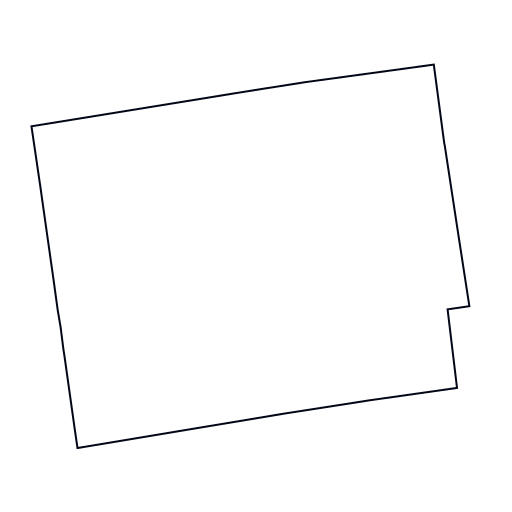 Allen, Indiana, United States of America, rotated 172°
{"feature_id": "52423323B16491815887155", "entity_name": "Allen", "entity_type": "district", "adm_level": 2, "iso_a3": "USA", "parent_name": "United States of America", "parent_adm1": "Indiana", "projection": "robinson", "projection_center": [-85.006, 41.094], "detail": "fine", "context": "isolated", "style": "outline", "palette": "ink", "viewbox_px": 512, "rotation_deg": 172, "n_neighbors": 0, "source": "geoboundaries", "source_scale": "gbopen_adm2", "svg_char_len": 476}
<svg xmlns="http://www.w3.org/2000/svg" viewBox="0 0 512 512"><g transform="rotate(172 256 256)"><path d="M163.4,97.3L75.3,97.4L73.7,176.5L51.7,176.6L52.8,259.9L53.7,338.6L53.9,341.6L53.3,420.8L182.3,421.3L226.1,420.6L253.4,420.1L460.3,415.7L459.9,353.6L459.9,353.4L459.9,334.6L459.8,260.3L459.9,230.4L459.4,212.6L459.7,190.1L459.6,182.1L459.6,181.5L459.6,108.2L459.5,91.0L459.5,90.9L459.5,90.7L250.5,96.0L163.4,97.3Z" fill="none" stroke="#020617" stroke-width="2"/></g></svg>